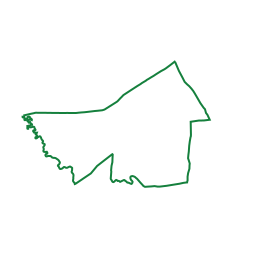 Kong Pisei, Kâmpóng Spœ, Cambodia, rotated 227°
{"feature_id": "14789045B51909303537300", "entity_name": "Kong Pisei", "entity_type": "district", "adm_level": 2, "iso_a3": "KHM", "parent_name": "Cambodia", "parent_adm1": "Kâmpóng Spœ", "projection": "orthographic", "projection_center": [104.699, 11.314], "detail": "fine", "context": "isolated", "style": "outline", "palette": "green", "viewbox_px": 256, "rotation_deg": 227, "n_neighbors": 0, "source": "geoboundaries", "source_scale": "gbopen_adm2", "svg_char_len": 5021}
<svg xmlns="http://www.w3.org/2000/svg" viewBox="0 0 256 256"><g transform="rotate(227 128 128)"><path d="M144.7,207.3L145.2,201.7L145.8,196.4L146.1,194.7L147.1,190.9L148.1,185.7L148.7,182.1L149.3,179.5L149.8,176.9L150.4,174.3L150.4,173.4L151.4,168.8L151.6,167.0L152.0,165.1L152.4,163.2L155.2,147.1L155.0,144.0L155.0,142.9L154.7,138.7L154.8,137.6L155.8,132.3L157.5,123.4L158.5,121.3L160.0,119.3L161.5,117.3L163.0,115.4L165.4,112.1L167.3,109.5L169.0,107.2L170.2,105.7L171.1,104.6L172.8,102.4L174.2,100.5L178.7,95.6L179.3,95.0L180.2,94.1L182.0,92.1L184.2,89.7L185.2,88.7L188.1,85.6L191.0,82.5L191.4,82.2L201.9,71.1L202.4,70.5L202.9,69.5L204.3,67.2L204.8,66.4L208.0,60.8L207.6,60.6L207.4,60.2L207.4,59.6L207.7,59.0L208.1,58.6L207.7,58.3L207.2,58.5L206.8,59.1L206.6,59.3L206.3,59.4L205.8,59.1L205.5,58.9L205.3,58.5L205.0,58.1L204.5,57.8L204.1,57.9L203.8,58.3L203.9,58.7L204.2,59.0L204.3,59.4L204.2,59.9L203.8,60.4L203.5,60.9L203.8,61.5L204.2,61.7L204.5,62.0L204.3,62.7L203.8,63.3L203.5,63.6L203.1,63.7L202.3,63.3L201.4,63.4L200.9,63.5L200.5,63.6L200.1,63.5L199.7,63.4L199.4,63.0L199.8,62.8L200.2,62.6L200.5,62.4L201.0,62.1L201.3,61.7L201.4,61.4L201.5,60.9L201.9,60.4L202.1,59.7L202.0,59.3L201.5,59.2L201.2,59.8L200.5,59.8L200.1,59.3L199.7,59.1L199.4,59.2L199.2,59.7L199.2,60.2L199.0,60.5L198.1,60.1L197.7,59.9L197.2,60.1L196.9,60.2L196.4,60.2L196.1,60.3L195.8,60.0L196.2,59.4L196.7,58.8L196.7,58.3L196.7,57.8L197.0,57.4L197.3,57.0L197.6,56.8L197.7,56.4L198.1,55.7L197.8,55.5L197.3,55.1L197.1,54.8L196.6,54.3L196.1,54.0L195.8,54.1L195.5,54.5L195.8,54.9L196.2,55.3L196.6,55.9L196.6,56.4L196.3,56.7L195.6,57.0L195.1,57.1L194.8,57.3L194.5,57.8L194.3,58.3L194.0,58.8L193.6,59.5L193.3,59.8L193.0,60.0L192.6,60.1L191.9,59.7L191.3,59.5L189.9,59.2L189.6,58.8L189.6,58.3L190.1,58.0L190.5,57.7L190.7,57.3L190.6,56.7L190.3,56.4L189.4,56.3L189.0,56.3L188.6,56.2L188.3,56.4L188.1,56.7L187.3,57.0L187.1,57.2L187.1,57.7L186.7,58.2L186.5,57.8L186.6,57.4L186.5,56.6L186.2,56.1L185.7,56.2L185.1,56.4L184.8,56.4L184.2,56.1L183.9,55.5L183.9,54.9L184.3,54.2L184.2,53.8L183.8,53.4L183.4,53.4L183.1,53.6L182.8,54.3L182.7,54.8L182.8,55.4L182.8,55.9L182.6,56.3L182.5,56.9L182.2,57.7L181.6,58.1L181.1,58.0L180.2,57.8L179.7,57.5L179.3,57.3L178.8,57.2L177.9,57.0L177.5,57.0L176.9,57.1L176.3,56.9L176.0,56.4L175.8,55.7L175.6,55.4L175.0,55.2L174.5,55.4L174.0,55.7L173.6,55.8L173.0,56.0L172.7,55.8L172.3,55.3L172.0,54.1L171.9,53.3L171.7,53.0L171.4,52.7L170.4,52.3L169.8,51.8L169.6,51.5L169.0,50.5L168.4,50.2L167.9,50.3L166.9,51.1L166.6,51.6L166.0,52.4L165.3,52.3L164.9,52.1L164.6,51.9L164.5,51.5L164.5,51.1L164.7,50.8L164.8,50.4L164.9,50.1L164.8,49.6L164.6,49.3L164.2,48.9L163.3,48.7L162.7,49.1L162.3,49.9L162.0,50.5L161.7,50.9L161.4,51.1L161.0,51.5L160.6,52.0L160.1,52.3L159.7,52.3L159.1,52.4L158.6,52.4L158.2,52.4L157.7,52.7L157.3,52.9L156.9,53.2L156.3,53.9L155.7,54.3L155.1,54.6L154.3,54.8L153.7,54.9L152.9,55.1L152.5,55.2L151.3,55.2L151.0,55.1L150.6,55.0L150.1,54.9L149.8,54.9L149.2,54.6L149.0,54.4L148.4,52.9L148.5,52.4L148.6,52.0L148.4,51.3L148.2,51.0L147.8,50.9L147.3,51.1L146.9,50.9L146.5,50.8L146.0,50.6L145.6,50.5L144.9,50.3L144.4,50.4L144.0,50.7L143.7,51.2L143.3,52.1L143.2,52.7L143.2,53.1L143.2,54.1L143.1,54.6L142.5,55.1L141.8,55.3L141.1,55.6L140.7,56.0L140.4,56.4L140.0,57.8L139.8,58.4L139.6,58.8L139.4,59.3L138.7,59.6L138.0,59.7L137.5,59.9L136.9,59.9L136.6,59.6L136.1,59.2L135.8,58.8L135.2,58.2L134.7,57.4L134.5,57.0L133.8,56.6L133.4,56.6L132.9,56.5L132.3,56.6L131.8,56.5L131.0,56.2L130.5,55.8L130.2,55.5L129.8,55.0L129.1,54.2L128.5,53.7L128.2,53.4L127.6,52.6L127.3,52.2L126.8,51.7L126.5,51.6L126.0,51.5L125.7,51.5L125.2,51.4L124.6,51.4L124.2,51.5L123.3,50.9L123.0,51.6L121.8,59.1L121.6,60.5L120.1,69.9L121.3,79.5L120.8,85.2L119.6,98.3L119.5,98.7L119.0,98.7L116.3,95.9L114.9,94.5L113.6,93.2L111.6,90.2L110.0,88.4L108.5,86.7L107.8,86.3L107.0,85.5L102.8,80.9L102.1,80.5L100.8,80.4L100.0,80.1L99.6,80.0L98.8,80.1L98.4,80.4L98.2,80.9L98.2,82.8L98.1,83.9L97.3,84.3L96.4,84.3L95.8,85.0L95.0,85.4L94.0,85.5L92.8,89.4L92.3,89.9L91.6,90.0L91.2,89.9L90.5,90.1L90.1,90.3L89.5,90.3L89.0,90.2L88.4,90.4L87.8,91.0L87.1,91.3L86.4,91.6L85.4,92.0L84.7,92.5L84.8,92.9L84.9,93.7L85.2,94.2L85.6,94.7L86.7,94.9L87.6,94.8L88.6,95.0L89.8,95.6L90.2,96.0L90.6,96.7L90.5,97.4L89.9,98.4L88.7,99.2L87.4,99.7L85.9,99.8L84.7,100.0L79.5,99.8L77.3,99.8L76.2,99.8L75.1,99.7L73.4,100.3L71.3,102.9L69.3,105.3L67.4,107.8L64.8,109.8L63.3,111.5L59.4,116.8L55.8,122.2L52.1,127.7L50.1,131.1L48.6,133.2L47.9,134.1L48.2,134.4L49.0,135.8L51.8,138.4L54.0,141.2L56.3,145.1L58.7,147.5L59.9,148.9L62.7,150.3L64.9,151.3L66.7,153.3L67.4,154.1L69.3,156.4L73.3,160.7L76.1,164.1L78.3,167.0L78.7,167.6L79.0,168.2L80.0,169.3L89.8,178.1L85.2,184.8L81.7,188.7L78.3,193.4L79.5,193.8L81.7,194.5L83.5,195.1L84.7,195.2L85.8,195.3L89.2,197.1L91.1,197.1L96.8,197.9L100.7,198.8L104.6,199.7L107.7,200.4L110.7,201.0L112.2,201.1L112.9,201.2L116.8,201.3L119.7,201.0L123.1,200.9L127.6,202.2L135.1,204.2L142.5,206.9L143.6,207.3L144.3,207.2L144.7,207.3Z" fill="none" stroke="#15803d" stroke-width="2"/></g></svg>